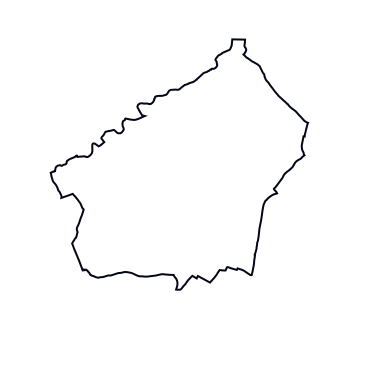 the district of Saulia, Mures, Romania, rotated 324°
{"feature_id": "2599482B86871181031429", "entity_name": "Saulia", "entity_type": "district", "adm_level": 2, "iso_a3": "ROU", "parent_name": "Romania", "parent_adm1": "Mures", "projection": "equal_earth", "projection_center": [24.211, 46.629], "detail": "fine", "context": "isolated", "style": "outline", "palette": "ink", "viewbox_px": 384, "rotation_deg": 324, "n_neighbors": 0, "source": "geoboundaries", "source_scale": "gbopen_adm2", "svg_char_len": 5885}
<svg xmlns="http://www.w3.org/2000/svg" viewBox="0 0 384 384"><g transform="rotate(324 192 192)"><path d="M326.5,204.3L325.9,203.3L324.8,200.8L324.6,199.4L324.3,196.0L323.8,192.8L323.5,189.2L323.2,187.2L321.8,182.8L321.2,180.0L321.1,178.0L321.2,177.5L320.8,176.9L320.9,176.6L318.6,165.5L318.4,162.9L318.1,158.8L318.1,155.4L318.0,153.1L318.1,147.7L317.9,147.2L317.7,144.9L317.8,144.1L318.1,143.2L318.4,141.8L319.1,140.1L319.5,139.5L319.6,138.8L319.4,138.0L319.5,136.7L320.7,129.9L320.0,127.2L319.4,125.7L319.0,125.1L318.3,123.3L317.4,121.7L316.1,117.6L315.5,115.9L315.2,115.5L314.5,111.0L315.5,111.0L316.4,110.6L317.3,110.1L318.0,110.0L319.3,109.0L319.8,108.1L320.0,107.0L320.0,105.5L320.3,104.8L320.7,104.1L321.2,103.6L322.1,102.8L324.5,99.9L314.3,92.2L310.3,96.7L308.7,97.8L307.1,98.7L306.3,99.0L305.6,99.0L299.7,97.6L298.0,97.3L297.3,97.6L293.3,97.1L292.9,97.2L292.5,97.4L291.8,97.5L290.8,97.9L289.9,98.1L289.1,98.4L288.8,98.7L288.6,99.0L288.5,99.6L288.6,100.6L288.5,101.4L288.1,101.8L287.7,102.4L287.6,102.8L287.4,103.0L287.1,104.0L286.8,104.4L285.9,104.9L284.8,105.3L283.9,105.4L282.9,105.3L281.9,105.1L281.4,104.7L281.0,104.3L280.6,104.0L279.9,104.0L279.5,104.3L278.8,103.8L277.1,103.9L276.8,104.0L276.3,103.7L274.9,103.7L272.2,102.8L271.4,102.7L271.0,102.6L270.4,102.6L269.7,102.8L267.1,103.1L265.4,103.3L262.5,103.6L262.2,103.8L261.7,103.9L261.4,103.7L259.5,103.8L258.7,103.8L257.8,103.7L255.9,103.1L253.8,102.3L252.5,102.3L251.7,102.1L251.3,101.9L251.0,101.8L249.8,101.5L248.9,101.1L248.2,101.2L245.5,101.2L242.2,101.5L241.3,101.3L240.2,100.7L238.9,99.5L235.1,97.1L234.6,96.8L232.9,96.7L229.3,98.1L227.8,98.1L226.9,97.6L225.2,97.0L224.2,96.6L222.6,95.4L220.7,94.1L220.1,94.0L219.6,93.6L219.3,93.5L219.0,93.6L218.8,93.6L218.3,93.4L217.9,93.5L216.8,94.3L216.6,94.6L216.0,94.6L215.9,94.8L215.6,95.1L215.2,95.4L214.9,95.7L213.2,96.4L211.2,96.6L210.2,96.5L209.6,96.1L208.7,95.3L208.0,94.4L207.3,93.7L205.8,92.8L203.8,91.0L202.6,90.1L201.3,89.7L199.7,89.8L198.5,90.4L197.9,91.0L197.6,91.9L197.5,93.3L197.2,94.7L197.0,96.9L196.7,100.6L197.2,101.2L198.5,102.8L191.1,101.2L189.1,100.5L188.0,100.0L187.3,99.5L185.1,97.5L181.4,93.5L180.7,93.6L180.1,94.3L178.0,94.2L177.7,94.2L175.9,95.8L174.6,98.0L174.3,99.7L173.7,101.1L172.6,101.8L171.2,102.3L169.7,102.5L168.4,102.3L166.8,101.1L166.4,100.4L166.0,98.9L165.7,97.1L165.5,96.2L165.0,95.7L164.3,95.4L162.3,94.7L159.5,93.3L158.8,93.1L158.2,92.8L157.6,92.5L157.0,92.6L154.4,93.8L153.1,94.2L151.3,94.5L150.8,94.7L150.5,95.0L150.2,95.4L150.3,100.1L145.5,100.5L143.3,100.2L142.7,98.1L141.9,96.0L141.7,95.6L141.3,95.2L140.8,94.8L140.3,94.7L139.7,94.8L139.3,95.1L138.3,96.2L135.9,99.7L135.2,100.6L133.8,101.7L133.0,102.1L131.8,102.4L131.1,102.5L129.2,102.5L128.2,102.4L126.9,101.3L126.6,101.0L126.3,100.3L125.9,99.8L124.6,99.1L121.6,97.2L120.2,96.5L119.9,96.2L120.1,95.6L120.3,95.1L120.3,94.9L119.2,94.6L118.9,94.9L116.7,94.6L112.3,93.5L110.7,93.4L109.0,93.5L108.0,94.2L107.4,95.0L106.7,95.3L105.4,95.1L104.6,94.7L103.8,94.4L102.5,94.4L101.8,94.1L101.5,93.7L101.2,93.0L101.0,92.8L100.4,92.4L99.6,92.1L98.7,91.8L97.8,91.8L97.1,91.8L96.2,92.1L94.7,93.3L93.4,94.7L92.4,94.4L92.5,94.1L89.0,93.4L88.6,94.5L88.0,95.8L87.5,96.8L85.9,101.4L85.8,102.1L86.0,104.8L86.1,106.1L85.9,107.9L85.7,108.8L85.7,109.3L85.2,110.7L84.8,112.2L84.9,113.7L84.9,114.4L84.3,117.5L83.8,119.0L83.4,119.6L82.9,120.0L88.1,121.6L94.4,123.4L94.5,125.0L94.7,126.2L94.9,127.6L94.9,129.1L95.0,130.2L95.0,131.4L95.0,133.1L95.0,134.8L94.9,136.2L93.9,140.3L94.1,142.4L94.0,142.6L92.5,143.7L88.5,146.6L86.9,147.5L83.2,150.2L80.8,151.8L79.3,152.5L77.7,153.5L77.2,154.1L76.7,154.7L76.3,155.8L75.8,157.3L74.9,157.9L74.0,158.7L73.6,159.1L71.9,160.4L70.8,160.9L69.8,161.0L68.5,161.6L66.9,162.2L65.3,162.9L64.8,163.2L63.1,169.2L61.9,174.5L61.0,178.1L60.3,181.1L57.5,191.2L59.6,192.4L59.5,191.7L60.2,192.4L60.6,192.6L60.8,193.0L60.8,193.3L61.2,194.2L61.1,194.5L61.1,195.2L61.4,196.8L61.1,198.5L61.4,199.2L61.2,199.5L61.7,200.6L62.1,201.2L63.0,202.3L64.3,204.6L64.9,205.3L66.0,206.4L68.0,207.2L69.8,208.4L71.4,209.0L75.2,210.3L76.6,211.3L76.9,211.7L83.9,214.0L84.5,214.2L85.4,214.7L86.5,215.4L88.1,216.2L89.9,216.8L91.4,217.8L92.1,218.4L93.6,219.9L95.2,221.7L95.7,222.4L96.7,224.0L98.4,227.2L100.1,229.5L102.3,231.1L104.7,233.2L106.2,234.2L113.4,238.2L118.5,240.4L119.5,240.9L120.3,241.5L122.1,243.2L126.4,246.8L128.4,248.3L128.2,248.7L128.1,249.8L128.1,251.0L128.2,252.4L128.1,253.5L127.8,254.9L127.5,255.7L126.8,257.0L126.0,258.1L124.7,259.4L121.8,261.6L123.5,263.1L125.2,264.1L126.1,264.2L129.9,263.1L132.6,262.6L134.0,262.1L134.6,261.8L136.8,261.1L143.0,260.0L145.0,264.7L147.4,263.4L153.3,275.8L159.7,274.5L163.3,273.4L166.1,272.2L168.5,271.4L170.2,273.0L172.6,275.0L173.1,275.2L173.5,275.0L174.4,274.3L176.2,273.5L176.8,273.8L177.5,274.7L178.7,276.6L182.5,281.4L184.0,280.6L185.2,282.4L186.4,283.9L186.9,284.6L187.7,286.1L190.2,293.0L190.6,293.7L191.2,294.2L191.5,294.3L194.8,291.4L196.4,289.9L199.1,287.4L201.8,284.4L202.1,283.9L203.8,282.3L205.9,280.1L205.8,279.6L207.3,278.7L211.1,275.6L211.9,274.5L213.1,273.5L214.9,271.4L216.8,270.1L219.4,267.5L223.5,263.0L223.9,262.6L224.3,262.0L228.0,258.5L230.0,256.7L233.1,253.7L237.7,248.9L239.2,247.4L241.0,245.7L242.5,244.4L244.0,243.5L246.4,242.2L247.0,242.2L247.1,242.3L248.0,242.2L249.7,241.7L250.2,241.7L253.1,241.6L255.0,241.7L256.2,241.9L257.3,242.2L259.1,242.8L260.0,243.1L260.2,242.0L260.2,240.5L259.9,238.7L260.0,237.7L260.4,237.4L262.2,237.3L271.2,234.5L272.5,234.1L273.6,233.7L275.0,232.9L276.3,232.3L277.2,232.0L279.0,231.6L283.0,231.5L286.5,231.2L288.2,230.9L289.3,230.4L291.4,229.4L292.7,228.9L294.1,228.6L295.2,228.5L297.1,228.6L298.7,228.9L300.2,228.9L301.9,228.5L304.6,228.4L304.5,227.5L305.4,225.7L305.7,223.6L306.0,222.4L307.0,220.6L307.7,219.4L308.4,218.6L315.0,212.5L315.3,212.7L315.8,213.3L317.4,211.5L318.9,210.4L320.2,209.2L321.8,207.9L325.5,204.8L326.5,204.3Z" fill="none" stroke="#020617" stroke-width="2"/></g></svg>